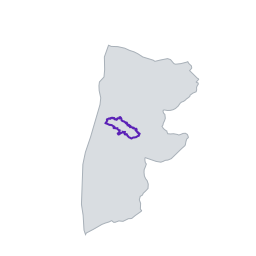 District #3, Grand Bassa, Liberia (highlighted), rotated 64°
{"feature_id": "62588387B53220692513074", "entity_name": "District #3", "entity_type": "district", "adm_level": 2, "iso_a3": "LBR", "parent_name": "Liberia", "parent_adm1": "Grand Bassa", "projection": "orthographic", "projection_center": [-9.497, 6.317], "detail": "fine", "context": "in_parent", "style": "outline", "palette": "violet", "viewbox_px": 256, "rotation_deg": 64, "n_neighbors": 0, "source": "geoboundaries", "source_scale": "gbopen_adm2", "svg_char_len": 6098}
<svg xmlns="http://www.w3.org/2000/svg" viewBox="0 0 256 256"><g transform="rotate(64 128 128)"><path d="M45.1,109.2L47.3,107.3L50.4,101.5L54.8,96.0L58.9,92.6L62.2,89.2L65.6,86.6L70.6,83.6L78.1,75.6L79.9,74.6L81.1,69.1L83.0,62.0L85.2,59.8L90.3,58.5L91.5,57.3L93.3,52.3L94.5,46.5L94.6,45.2L96.6,45.1L100.0,43.8L102.0,44.4L102.9,46.1L103.4,47.5L113.8,43.8L114.7,43.1L115.3,43.2L116.6,46.5L117.3,46.3L117.9,45.4L118.6,45.3L119.5,45.7L120.3,47.2L121.6,48.6L123.9,49.6L125.3,50.9L125.1,54.4L125.7,57.8L126.7,58.6L127.2,60.6L127.5,62.8L128.0,64.0L128.4,66.2L128.2,68.6L128.6,70.3L130.3,73.3L131.3,76.9L131.3,79.6L130.7,82.3L129.6,84.8L127.6,87.6L127.5,88.6L128.6,89.3L130.4,89.5L131.9,88.9L135.6,90.2L137.5,92.0L139.2,94.2L140.7,95.3L141.4,96.7L144.1,96.4L147.1,95.0L147.7,94.4L148.6,94.7L150.6,94.8L152.0,92.4L153.1,89.6L155.4,86.5L156.6,85.4L156.9,83.4L157.0,80.9L157.9,78.7L159.8,77.5L161.9,77.6L163.1,78.0L163.7,80.1L165.4,81.7L166.8,82.8L167.6,83.3L168.8,84.5L170.0,88.8L174.5,102.5L174.3,106.2L173.4,108.7L173.4,111.1L173.1,113.5L170.3,117.4L162.2,125.5L162.8,126.2L164.8,127.1L166.8,127.6L168.4,127.3L170.4,129.3L172.6,131.8L175.0,133.1L178.3,134.3L181.3,134.4L183.8,133.9L187.3,134.4L191.1,136.5L192.4,139.9L193.3,142.9L194.6,144.4L194.8,147.0L197.5,149.3L201.3,149.7L206.2,152.4L207.5,152.2L208.0,151.9L208.6,152.4L209.9,160.1L210.9,164.2L210.4,165.9L209.7,167.2L209.7,173.4L207.5,177.0L207.1,180.9L206.5,182.2L204.1,183.3L204.1,186.3L203.5,190.0L203.2,193.8L203.9,203.9L204.1,211.5L205.2,212.9L200.5,212.3L186.8,206.6L176.2,203.3L140.9,184.5L131.1,176.9L119.8,165.7L94.7,142.9L89.0,139.3L81.7,137.5L77.3,135.6L74.1,133.5L71.6,127.2L65.3,123.4L53.8,118.1L45.1,109.2Z" fill="#d9dde1" stroke="#a8b0b8" stroke-width="1"/><path d="M132.6,120.9L132.7,121.1L132.8,121.2L132.7,121.4L132.7,121.5L132.4,121.6L132.1,121.7L132.0,121.8L131.8,122.0L131.5,122.1L131.4,122.2L131.2,122.3L131.2,122.6L130.8,123.2L130.6,123.4L130.4,123.6L130.2,123.6L130.0,123.3L129.9,123.2L129.4,123.8L129.1,124.1L129.1,124.3L128.8,124.7L128.7,124.9L128.5,125.1L128.4,125.1L128.2,125.0L128.0,124.9L127.9,124.9L127.9,125.1L128.0,125.3L128.0,125.5L127.9,125.5L127.7,125.4L127.3,125.3L127.2,125.6L127.3,125.8L127.1,125.8L126.9,125.6L126.8,125.9L126.8,126.0L126.7,126.1L126.3,126.0L126.2,125.9L126.1,125.7L125.8,125.7L125.7,125.8L125.8,126.0L126.0,126.4L126.0,126.5L125.9,126.5L125.7,126.4L125.5,126.5L125.4,126.5L125.1,126.9L125.1,127.1L124.7,127.0L124.3,127.2L124.2,127.2L124.0,126.9L123.8,126.9L123.7,127.0L123.7,126.9L123.5,126.7L123.3,126.7L123.2,126.7L122.7,126.8L122.7,127.1L122.7,127.3L122.6,127.5L122.3,127.6L122.0,127.6L121.8,127.7L121.5,128.1L121.3,128.2L121.1,128.4L120.9,128.5L120.6,128.6L120.2,128.8L120.1,129.0L120.0,129.3L119.6,129.6L119.4,129.7L119.3,129.8L119.2,130.0L118.7,130.2L118.4,130.4L118.2,130.4L117.9,130.3L117.5,130.1L116.8,129.9L116.7,129.9L116.5,130.0L116.2,129.9L115.9,129.9L115.6,129.9L115.4,130.0L115.2,130.1L114.9,130.2L114.9,130.4L114.7,130.8L114.9,130.9L115.1,130.9L115.3,130.8L115.5,131.0L115.7,131.4L115.6,131.6L115.5,131.8L115.2,132.1L115.0,132.5L114.7,133.1L114.7,133.3L114.8,133.5L115.0,133.5L115.3,133.9L115.3,134.0L115.5,134.3L115.6,134.5L115.5,134.8L115.3,134.8L115.0,135.0L114.8,135.1L114.8,135.3L114.7,135.5L114.5,135.8L114.4,135.9L114.4,136.1L114.2,136.3L113.8,136.3L113.5,136.0L113.4,136.0L113.1,136.0L113.0,136.3L112.9,136.5L112.7,137.0L112.5,136.9L112.4,136.9L112.3,137.0L112.3,137.3L112.2,137.4L112.0,137.7L111.8,137.8L111.7,138.0L111.7,138.4L111.7,138.7L111.8,138.9L111.9,139.1L111.9,139.3L111.6,139.5L111.8,139.8L111.9,140.0L111.7,140.3L111.6,140.5L111.3,140.6L111.1,140.8L111.1,141.2L111.1,141.7L111.1,142.2L111.1,142.4L111.0,143.1L111.2,143.3L111.5,143.3L111.9,143.2L112.2,143.3L112.4,143.5L112.4,143.9L112.7,144.2L113.3,144.8L113.6,145.0L113.5,145.4L113.7,145.5L113.7,146.0L113.8,146.1L114.4,145.6L114.7,145.3L114.8,145.0L115.1,144.8L115.4,144.6L115.7,144.4L115.9,144.2L116.1,144.0L117.0,143.4L117.0,143.2L117.4,142.6L117.5,142.4L117.8,142.2L118.0,141.7L118.3,141.3L118.7,141.1L119.0,141.0L119.6,140.6L119.8,140.5L120.1,140.2L120.4,140.0L120.7,139.9L121.0,139.8L121.3,139.7L121.4,139.8L121.4,140.0L121.1,140.3L121.2,140.5L121.3,140.6L121.4,140.8L121.5,140.9L121.8,140.8L121.8,140.7L122.0,140.5L122.0,140.4L122.2,140.2L122.3,140.0L122.3,139.8L122.5,139.6L122.7,139.4L122.8,139.2L123.0,139.0L123.0,138.8L123.2,138.7L123.7,138.0L123.7,137.9L123.9,138.0L124.3,137.9L125.0,137.6L125.3,137.4L125.5,137.3L125.8,137.3L126.0,137.2L126.2,136.9L126.4,136.5L126.6,136.5L126.9,136.8L127.4,137.1L127.6,137.4L128.0,138.2L128.3,138.7L128.4,139.5L128.5,139.5L128.8,139.6L129.0,139.6L129.5,139.5L129.6,139.4L129.6,139.1L129.8,139.0L129.8,138.9L129.8,138.7L129.7,138.2L129.5,137.8L129.5,137.7L129.4,137.5L129.5,137.3L129.4,137.2L129.4,136.9L129.4,136.7L129.5,136.4L129.5,136.1L129.5,135.9L129.5,135.6L129.5,135.4L129.5,135.2L129.5,134.9L129.6,134.7L129.8,134.4L129.8,133.9L129.7,133.9L129.8,133.8L129.7,133.7L129.8,133.6L129.9,133.4L130.0,132.9L130.1,132.7L130.2,132.8L130.3,132.9L130.5,132.8L130.8,132.9L130.9,133.1L130.9,133.3L131.0,133.3L131.3,133.4L131.4,133.5L131.5,133.6L131.8,133.5L132.0,133.5L132.3,133.6L132.7,133.1L132.8,133.0L132.8,132.9L132.8,132.5L132.8,132.2L132.9,131.9L133.0,131.8L133.3,131.8L133.8,131.8L134.0,131.9L134.5,131.9L135.0,131.8L135.2,131.7L135.4,131.5L135.8,131.5L136.3,131.4L136.5,131.3L137.0,131.1L137.3,130.7L137.5,130.5L137.8,130.3L138.1,130.2L138.4,130.0L139.0,129.4L139.0,129.2L138.9,128.8L138.8,128.2L138.9,127.7L138.9,127.3L139.1,126.8L139.4,126.3L139.5,125.5L139.7,125.1L139.8,124.7L139.5,122.9L139.7,121.8L138.9,120.8L138.8,120.7L138.6,120.5L138.5,120.8L138.4,120.9L138.4,121.0L138.2,121.0L138.2,120.9L138.0,120.6L137.9,120.4L137.7,120.3L137.5,120.5L137.6,120.9L137.3,120.9L137.2,120.9L137.0,121.0L136.9,121.1L136.7,121.0L136.4,120.9L136.3,121.0L136.2,121.1L135.9,121.2L135.8,121.5L135.6,121.5L135.3,121.4L135.1,121.4L135.0,121.6L134.9,121.7L134.3,121.8L134.2,121.9L133.9,121.9L133.7,122.0L133.4,122.1L133.3,121.9L133.6,121.5L133.6,121.4L133.4,121.3L133.2,121.2L132.9,120.8L132.6,120.9L132.6,120.9Z" fill="none" stroke="#5b21b6" stroke-width="2"/></g></svg>